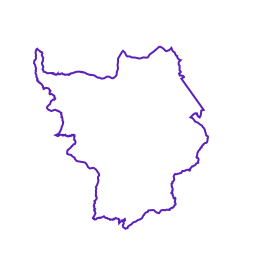 outline of Silvia, Cauca, Colombia, rotated 257°
{"feature_id": "7082276B59383263331081", "entity_name": "Silvia", "entity_type": "district", "adm_level": 2, "iso_a3": "COL", "parent_name": "Colombia", "parent_adm1": "Cauca", "projection": "albers", "projection_center": [-76.334, 2.654], "detail": "fine", "context": "isolated", "style": "outline", "palette": "violet", "viewbox_px": 256, "rotation_deg": 257, "n_neighbors": 0, "source": "geoboundaries", "source_scale": "gbopen_adm2", "svg_char_len": 5689}
<svg xmlns="http://www.w3.org/2000/svg" viewBox="0 0 256 256"><g transform="rotate(257 128 128)"><path d="M41.3,155.3L42.4,156.0L42.6,156.9L43.0,157.3L44.1,157.1L44.9,157.3L45.3,156.9L48.7,158.4L49.2,158.2L48.8,157.3L49.2,156.7L51.4,156.7L52.2,156.4L53.6,156.7L54.4,156.3L54.6,155.6L55.2,155.7L55.3,156.5L56.3,157.0L56.9,156.9L57.6,157.6L58.4,157.8L59.8,157.8L60.6,157.4L61.4,157.7L62.0,157.5L62.9,157.9L63.8,157.8L64.2,158.8L65.6,159.1L65.7,160.0L66.8,161.1L68.0,161.6L70.3,161.5L72.0,162.7L72.6,163.6L72.1,164.4L72.3,169.8L73.9,171.4L73.5,172.9L73.5,173.8L74.0,175.4L73.7,177.9L72.7,178.2L72.6,178.4L72.9,179.0L74.2,179.3L76.1,181.7L76.0,182.9L76.4,183.4L76.5,184.2L77.1,185.7L77.7,186.1L78.2,186.8L78.3,188.6L78.8,188.8L79.6,188.7L81.3,189.7L82.7,189.6L83.1,189.4L83.3,188.6L84.2,188.2L84.7,188.7L88.4,190.3L90.2,191.9L90.9,193.2L92.4,194.3L92.4,195.2L92.9,195.6L93.4,195.6L94.3,196.6L94.7,197.6L95.2,197.8L96.1,199.8L95.9,200.8L96.4,201.8L98.7,203.0L99.9,203.1L101.0,204.0L102.2,203.8L103.0,202.6L108.9,202.4L110.7,202.0L112.3,201.0L113.6,200.7L115.2,199.0L117.5,197.3L119.0,195.0L122.4,193.5L123.4,192.8L124.3,191.3L126.3,194.3L127.1,196.2L127.1,197.6L126.7,198.4L126.0,198.0L125.3,198.7L124.5,198.5L123.0,199.2L123.0,200.0L122.3,200.3L122.7,200.8L124.4,201.9L128.5,203.3L128.6,205.8L164.1,191.1L165.0,194.0L165.7,193.9L166.2,193.5L166.8,192.2L167.5,191.3L167.5,190.2L169.6,190.0L169.6,190.5L170.8,192.1L172.6,191.2L176.9,192.3L178.4,191.7L179.1,191.7L180.9,192.4L182.3,194.5L182.8,193.4L185.1,192.0L187.1,192.1L187.4,191.4L188.7,190.8L190.9,190.5L193.0,188.8L196.3,188.3L194.6,185.8L194.2,182.6L194.9,181.8L197.7,180.1L199.1,178.7L199.9,177.6L200.1,176.6L196.7,170.3L194.8,165.7L192.3,163.2L192.4,161.8L193.4,158.5L193.0,156.0L193.2,154.5L194.9,151.1L196.0,147.4L197.5,145.6L197.8,143.5L199.2,142.6L202.2,141.9L204.3,140.5L203.5,139.3L197.7,133.8L195.1,133.3L191.3,131.9L188.7,131.8L187.0,131.0L185.2,129.7L182.6,129.0L181.3,127.8L179.8,124.8L180.2,123.4L182.0,121.5L182.7,119.8L182.7,118.7L181.8,116.0L182.0,113.5L183.4,111.6L183.9,109.8L187.0,106.8L187.8,104.5L188.2,104.0L188.2,102.9L190.4,99.6L191.6,98.6L192.1,97.1L192.7,96.5L192.5,96.1L193.0,95.5L193.2,94.3L193.7,94.0L194.4,90.5L194.2,89.6L194.2,87.7L193.9,86.7L193.9,85.4L194.1,85.1L193.9,83.8L193.5,83.6L193.6,83.1L193.3,82.9L193.5,82.3L193.1,82.1L193.9,80.7L193.8,79.4L194.2,78.8L194.1,78.4L194.8,77.7L195.0,76.7L196.1,76.1L196.1,75.2L195.6,73.6L196.0,73.1L196.2,71.7L196.8,71.8L196.2,71.0L196.3,70.3L196.0,69.8L196.6,69.5L196.8,68.3L198.1,67.9L197.8,66.7L198.2,66.4L198.7,66.4L199.5,61.6L200.8,60.4L201.9,58.4L203.3,58.5L204.3,57.9L206.7,59.2L207.8,59.2L208.2,58.8L210.1,58.5L211.3,59.1L212.0,60.0L213.7,60.4L215.1,61.1L215.7,61.2L216.7,60.6L217.4,60.7L218.5,60.4L219.1,60.6L220.1,61.4L221.4,61.0L221.9,59.8L222.8,59.5L224.6,57.7L225.6,57.5L225.5,56.9L224.2,55.6L223.5,55.5L221.9,54.8L219.5,54.8L218.5,54.2L217.7,54.3L216.1,53.8L215.0,52.6L214.9,52.1L212.6,51.0L210.1,51.7L208.4,51.6L206.7,51.9L204.8,50.9L204.1,51.1L203.2,50.5L202.1,50.2L200.5,50.7L197.9,50.2L196.7,50.9L195.6,50.8L195.4,50.3L194.5,50.2L193.7,50.7L193.6,51.3L192.6,51.4L191.8,52.1L191.8,52.5L191.0,52.8L190.4,53.6L189.3,53.9L187.8,54.6L186.8,54.2L184.9,54.7L185.0,55.1L185.6,55.2L185.7,55.6L185.4,56.1L185.6,56.8L184.8,58.9L184.2,59.7L183.3,59.9L182.8,60.3L182.5,60.2L181.6,60.8L180.9,59.8L180.5,59.9L179.1,59.2L178.4,59.5L178.3,61.3L176.7,62.7L176.2,62.9L176.0,63.4L174.7,63.5L174.2,63.2L172.9,63.7L172.1,62.5L172.6,61.8L171.4,59.0L168.8,57.3L167.9,55.5L166.5,53.7L165.5,53.7L164.2,54.1L162.0,56.8L161.8,57.1L162.2,61.2L160.8,62.8L160.7,63.5L160.0,63.7L159.7,64.6L157.5,66.5L156.6,65.9L155.8,66.2L155.0,66.0L154.4,66.1L153.8,65.7L153.6,66.2L153.1,66.0L151.9,66.3L150.0,65.8L148.7,66.3L148.1,65.9L147.2,65.8L145.1,64.6L144.3,63.8L142.3,62.9L139.9,61.1L139.6,60.6L138.7,60.2L137.7,58.0L137.3,55.9L135.9,57.8L135.9,58.5L136.8,60.0L136.0,62.3L135.4,62.7L135.7,63.2L135.4,63.6L135.7,63.9L135.2,64.8L135.4,65.4L134.7,65.5L134.6,66.2L133.9,66.7L133.7,67.5L133.2,67.7L133.7,69.1L133.2,69.3L133.0,70.4L133.4,70.8L133.3,71.6L134.0,71.8L134.0,72.0L133.7,72.9L133.3,73.2L133.5,73.7L133.0,74.3L131.6,74.0L131.3,73.5L129.2,73.2L128.7,72.8L127.3,73.7L125.7,73.6L124.7,73.0L124.4,72.7L124.3,71.2L123.0,69.5L122.8,68.7L122.1,68.3L120.9,66.0L120.5,65.5L120.2,64.4L119.2,63.7L116.8,62.9L116.0,63.4L114.4,66.7L113.1,67.2L111.0,69.3L109.5,69.4L107.3,70.6L104.3,77.8L103.6,78.7L102.5,79.3L98.7,80.4L97.2,81.6L97.0,85.3L96.4,86.1L94.6,87.5L89.5,89.5L88.3,89.2L87.5,88.2L86.5,87.6L85.4,87.4L83.6,87.4L82.0,86.7L79.1,84.8L77.6,83.3L76.1,83.6L74.6,82.7L71.6,82.2L70.5,81.6L69.4,81.8L68.8,81.3L67.5,81.9L66.3,81.6L64.5,79.6L64.3,78.8L63.4,79.1L62.3,79.0L61.7,78.0L60.2,77.6L59.8,77.1L58.8,77.5L58.4,77.2L57.4,77.2L56.6,77.7L56.3,76.9L55.7,76.5L54.9,77.0L54.5,76.8L54.1,77.0L52.2,77.1L48.4,74.1L48.6,72.7L48.5,73.2L47.0,74.2L46.9,74.8L46.3,75.1L46.3,76.5L47.1,77.7L47.1,79.4L46.6,80.2L47.0,80.6L46.7,81.1L46.9,82.6L47.4,84.7L45.5,85.8L45.0,87.5L44.2,87.8L43.5,89.6L42.6,89.9L42.6,91.3L42.1,92.0L42.4,92.5L42.1,93.2L42.6,93.8L42.2,94.1L43.1,95.6L41.8,97.6L41.6,98.3L40.7,99.0L39.2,98.1L37.2,97.9L38.6,99.9L38.5,100.5L39.3,101.5L39.3,102.6L40.0,104.4L38.8,104.4L37.4,102.3L35.8,102.4L35.2,102.0L34.8,101.3L33.7,100.9L32.8,100.9L30.4,102.8L30.7,103.7L30.5,105.0L32.1,105.9L32.9,107.9L33.1,109.2L34.8,111.7L35.1,114.6L36.0,116.7L36.2,119.1L37.0,121.5L38.1,122.2L39.3,123.3L39.8,124.2L40.6,124.8L41.7,126.5L41.8,128.4L42.7,128.9L43.1,129.5L42.4,134.2L41.9,134.9L39.4,136.6L38.0,139.0L40.0,141.4L40.3,142.0L40.4,143.2L39.5,145.6L39.8,147.0L38.8,150.0L39.6,150.2L39.8,151.4L40.4,152.2L40.2,153.1L40.4,154.2L41.1,154.7L41.3,155.3Z" fill="none" stroke="#5b21b6" stroke-width="2"/></g></svg>